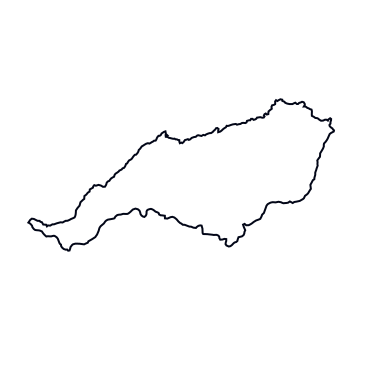 the district of Garrafão do Norte, Pará, Brazil, rotated 60°
{"feature_id": "56859067B10058884910465", "entity_name": "Garrafão do Norte", "entity_type": "district", "adm_level": 2, "iso_a3": "BRA", "parent_name": "Brazil", "parent_adm1": "Pará", "projection": "robinson", "projection_center": [-47.098, -2.221], "detail": "fine", "context": "isolated", "style": "outline", "palette": "ink", "viewbox_px": 384, "rotation_deg": 60, "n_neighbors": 0, "source": "geoboundaries", "source_scale": "gbopen_adm2", "svg_char_len": 5726}
<svg xmlns="http://www.w3.org/2000/svg" viewBox="0 0 384 384"><g transform="rotate(60 192 192)"><path d="M136.7,349.0L138.1,348.1L139.8,347.6L141.3,347.4L142.7,347.8L145.0,347.5L146.5,346.8L147.5,345.5L148.6,343.9L149.4,343.0L151.1,341.7L153.0,341.6L154.3,341.4L155.9,341.0L157.7,340.4L158.1,339.2L160.0,336.2L160.4,334.7L160.9,333.4L161.9,332.6L163.7,331.8L165.5,331.6L169.8,332.3L170.9,332.3L172.0,331.8L173.6,332.4L175.1,332.3L177.2,331.6L178.8,330.2L179.4,328.9L180.9,328.6L181.4,327.3L180.2,325.9L179.0,324.8L178.0,322.5L177.8,321.2L178.4,318.9L179.0,317.8L180.7,315.1L183.4,311.6L183.5,310.0L183.8,307.6L182.9,306.4L182.9,302.1L182.7,298.3L182.1,297.1L181.4,295.5L178.9,292.2L177.4,290.7L176.6,289.7L175.9,288.1L175.2,284.1L174.1,281.8L173.8,280.3L173.9,278.6L174.8,276.2L175.7,273.6L176.0,272.3L175.0,270.7L174.6,268.2L175.2,266.4L175.9,265.1L176.5,262.6L178.6,259.1L178.8,257.8L178.4,255.2L177.9,253.3L177.6,252.0L178.1,249.3L179.9,247.5L181.9,246.8L183.5,247.0L185.3,247.6L187.1,247.5L188.8,246.7L189.8,245.7L189.4,243.9L188.7,242.8L187.4,241.8L186.4,241.3L185.5,240.3L185.3,238.9L185.6,237.4L186.1,236.0L187.1,235.1L188.4,234.3L190.8,233.4L192.6,231.9L193.7,231.4L195.1,231.7L196.6,230.7L197.2,229.7L199.0,227.4L201.3,228.6L202.7,226.6L203.1,223.1L203.7,221.4L205.3,220.0L207.9,219.0L210.8,218.5L213.1,217.7L214.0,217.0L215.7,216.4L216.8,214.7L220.6,211.6L221.6,210.1L223.6,208.6L225.1,206.6L224.7,205.5L224.5,203.4L225.0,201.6L225.9,200.5L229.0,201.3L232.8,203.3L234.0,203.3L236.1,199.9L238.4,196.8L239.2,195.7L240.0,194.8L240.6,193.6L241.5,192.0L243.1,190.9L244.3,190.8L245.8,191.4L247.4,191.4L248.4,189.4L248.8,187.4L249.9,185.9L251.5,186.8L252.5,187.9L253.9,189.0L255.5,188.9L257.6,187.4L258.1,185.8L257.9,184.0L257.2,181.7L257.0,180.4L257.4,178.7L257.1,177.2L255.9,176.1L254.4,174.3L254.9,172.7L255.4,170.9L255.1,168.9L254.1,167.5L252.8,166.5L251.7,165.0L249.8,164.8L248.1,164.6L245.8,164.1L245.9,162.4L247.9,161.7L249.1,159.5L249.2,157.4L249.1,155.5L248.8,153.7L248.7,150.7L249.2,148.1L249.4,146.3L248.0,144.1L246.7,142.6L246.1,140.2L244.9,138.8L242.3,135.7L241.1,134.3L240.4,132.6L240.4,130.2L240.6,128.8L241.2,127.1L242.8,124.8L243.7,122.0L245.4,120.0L246.5,119.3L247.4,118.5L248.8,115.5L249.3,114.1L249.1,112.0L250.2,111.3L251.9,110.3L251.8,108.4L252.5,106.6L253.6,103.2L253.6,99.5L253.4,98.3L251.8,96.0L251.6,93.8L251.2,92.2L249.4,89.0L248.7,87.5L245.0,85.9L243.8,83.9L242.2,81.4L242.1,79.7L240.8,78.8L238.8,76.7L236.9,75.6L235.9,74.5L235.1,73.5L234.0,72.4L232.0,70.0L230.5,69.4L228.9,68.3L227.3,67.7L226.3,65.6L225.5,63.6L223.9,62.5L222.6,61.7L221.3,59.3L219.8,56.7L218.4,55.0L217.2,54.4L216.0,53.4L215.3,51.1L214.4,49.2L213.6,47.8L211.6,45.1L210.6,43.7L210.4,42.0L210.5,39.0L209.6,38.2L208.5,38.6L207.2,38.6L205.5,39.4L203.9,39.8L202.7,39.5L202.0,37.9L200.5,37.0L199.5,35.8L198.3,35.0L197.2,35.5L197.4,37.5L198.1,38.6L196.8,39.2L195.9,40.6L195.7,42.8L194.8,44.6L193.0,45.6L191.7,46.0L190.7,46.6L189.5,48.2L187.8,48.9L186.0,50.1L184.6,49.4L183.2,48.5L181.9,47.7L180.4,47.3L179.1,48.5L177.9,49.1L176.8,50.1L175.8,50.4L174.5,51.2L173.9,52.4L172.9,50.7L171.9,50.3L170.1,50.4L168.9,51.6L168.8,53.2L168.4,54.6L168.8,56.2L168.2,57.2L166.3,57.9L166.1,59.8L166.1,61.0L165.4,62.2L164.5,63.7L163.0,65.4L161.3,66.7L160.1,66.8L159.3,67.4L158.3,68.2L157.2,67.7L155.9,69.1L155.8,71.0L155.9,72.6L154.5,73.3L155.1,74.7L156.5,75.4L157.5,76.1L157.5,77.5L157.0,79.3L158.0,80.6L159.8,81.3L160.1,83.6L160.5,85.4L161.5,86.2L162.7,87.0L162.3,88.5L160.9,88.9L160.9,90.3L161.7,91.5L162.8,91.4L163.4,92.6L162.8,94.0L161.3,95.5L160.6,97.3L160.1,98.5L160.7,99.7L160.7,101.3L160.3,102.6L158.9,103.0L158.2,104.3L159.0,105.7L158.4,106.8L157.9,108.8L159.0,110.0L159.0,111.3L157.7,113.1L157.2,114.4L157.3,116.0L156.6,117.8L156.2,119.4L155.0,120.0L154.3,121.7L153.8,123.0L153.4,124.8L153.1,126.7L152.7,128.0L152.0,128.9L152.9,130.3L152.9,131.9L153.1,133.6L153.6,135.6L153.8,137.3L153.3,139.4L151.8,138.5L150.7,137.5L149.2,138.1L148.8,139.3L149.5,140.6L149.9,142.6L150.4,144.1L150.5,146.0L149.8,147.4L149.4,149.2L149.2,151.0L149.4,152.4L148.2,153.7L148.2,155.8L146.9,157.2L145.9,158.3L145.7,159.5L146.1,161.1L145.4,162.9L145.0,165.2L145.5,167.3L145.3,168.7L144.2,169.1L143.9,170.6L143.5,172.1L144.6,174.5L144.8,176.0L143.9,176.5L143.7,178.1L142.1,177.8L140.7,177.1L139.7,178.3L138.8,178.8L138.1,180.0L137.1,180.4L136.6,181.6L135.7,182.6L134.4,183.9L133.3,185.1L132.2,185.5L131.1,187.1L129.7,186.5L130.3,185.1L128.6,185.6L127.4,185.1L126.2,184.7L125.9,186.2L126.0,187.4L126.1,189.1L127.0,190.4L127.2,191.9L126.6,192.9L127.1,194.4L127.9,195.7L128.7,196.6L129.3,197.8L128.6,199.2L128.8,200.6L128.7,202.0L128.8,203.4L128.8,204.6L127.7,205.8L127.3,207.4L127.3,209.2L127.4,211.1L127.4,212.7L128.6,215.3L129.0,217.1L130.2,218.3L131.1,219.9L131.7,221.8L131.2,222.9L131.6,224.3L132.3,225.9L133.1,227.5L133.3,228.8L133.2,230.8L134.1,232.7L134.8,233.8L134.7,235.1L135.5,236.0L136.4,237.2L137.1,238.8L136.8,240.3L137.3,241.6L137.3,242.8L137.1,244.1L137.6,245.3L137.8,247.1L137.9,249.2L138.7,250.8L139.8,251.8L139.7,253.3L139.8,255.2L140.3,256.6L141.0,258.0L140.8,259.7L141.3,261.2L142.8,262.7L143.9,264.7L143.0,266.5L141.1,267.5L140.3,268.2L139.1,269.4L138.5,272.1L137.2,273.2L137.8,274.8L138.7,275.6L138.7,277.8L138.7,279.2L140.4,280.5L140.5,282.6L141.4,284.8L141.7,287.2L144.1,288.8L144.3,290.5L144.7,292.0L145.1,293.7L147.6,296.2L148.6,299.1L149.9,301.7L151.9,303.0L153.4,304.1L154.4,305.1L155.3,306.4L155.2,308.1L154.9,310.3L154.9,311.9L154.7,314.1L153.8,315.8L153.7,317.3L153.7,319.3L152.5,321.0L151.5,324.8L151.0,327.7L150.2,329.1L150.2,331.6L148.9,333.5L149.2,334.8L147.4,334.7L145.8,337.1L143.1,337.1L142.0,338.2L140.8,338.4L139.7,340.2L136.3,342.4L135.0,344.1L135.3,346.1L136.7,349.0Z" fill="none" stroke="#020617" stroke-width="2"/></g></svg>